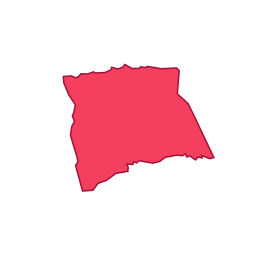 Laurens, South Carolina, United States of America (Natural Earth projection), rotated 134°
{"feature_id": "52423323B54800472139978", "entity_name": "Laurens", "entity_type": "district", "adm_level": 2, "iso_a3": "USA", "parent_name": "United States of America", "parent_adm1": "South Carolina", "projection": "natural_earth1", "projection_center": [-82.015, 34.494], "detail": "fine", "context": "isolated", "style": "filled", "palette": "rose", "viewbox_px": 256, "rotation_deg": 134, "n_neighbors": 0, "source": "geoboundaries", "source_scale": "gbopen_adm2", "svg_char_len": 949}
<svg xmlns="http://www.w3.org/2000/svg" viewBox="0 0 256 256"><g transform="rotate(134 128 128)"><path d="M51.3,130.9L51.1,134.8L62.1,145.1L66.8,151.9L70.4,157.0L72.0,157.0L75.3,161.5L77.2,161.2L82.4,166.5L84.5,174.4L87.6,174.0L92.5,176.2L95.7,181.9L98.0,180.7L104.1,183.1L111.0,189.6L111.6,191.8L117.4,194.7L121.6,199.5L125.1,199.3L128.2,200.4L129.9,204.9L135.9,210.3L140.1,205.6L145.4,193.4L147.8,182.1L153.6,178.3L158.0,176.3L160.5,171.0L165.7,169.6L173.1,164.5L183.5,146.0L186.8,140.6L191.3,139.8L204.9,116.9L197.2,110.0L188.7,111.1L180.6,107.1L169.0,105.2L159.2,97.9L157.8,99.6L156.7,99.7L154.6,103.7L150.9,99.1L148.2,100.6L147.2,97.6L143.7,97.1L136.1,85.8L130.1,82.0L122.9,80.7L120.4,78.7L113.9,74.3L110.0,69.5L106.8,68.7L108.0,65.5L105.2,64.3L104.0,57.2L100.1,57.4L98.1,53.9L96.7,55.9L93.1,47.7L89.6,45.7L85.7,56.2L82.5,64.6L78.1,76.4L74.8,84.9L68.7,101.8L69.2,116.2L51.3,130.9Z" fill="#f43f5e" stroke="#9f1239" stroke-width="1.5"/></g></svg>